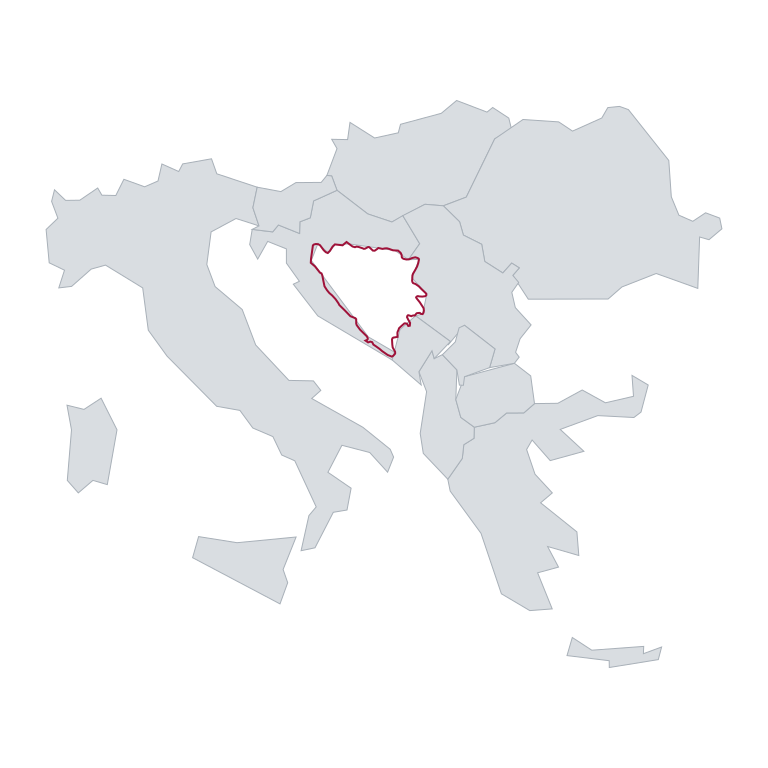 Bosnia and Herzegovina highlighted among its neighbors
{"feature_id": "BIH", "entity_name": "Bosnia and Herzegovina", "entity_type": "country or territory", "adm_level": 0, "iso_a3": "BIH", "parent_name": "Europe", "parent_adm1": "", "projection": "orthographic", "projection_center": [18.137, 43.918], "detail": "fine", "context": "with_neighbors", "style": "outline", "palette": "rose", "viewbox_px": 768, "rotation_deg": 0, "n_neighbors": 11, "source": "natural_earth", "source_scale": "50m", "svg_char_len": 6241}
<svg xmlns="http://www.w3.org/2000/svg" viewBox="0 0 768 768"><path d="M492.7,107.5L508.8,118.1L511.5,129.2L494.7,138.9L466.3,197.1L443.3,205.8L425.0,204.3L391.9,222.0L367.7,213.9L337.0,190.3L331.7,176.0L326.9,175.4L337.0,148.6L331.7,139.3L347.6,139.6L350.0,122.4L374.6,138.0L398.3,132.8L400.5,124.3L441.3,113.3L456.6,100.5L487.0,112.1L492.7,107.5Z" fill="#d9dde1" stroke="#a8b0b8" stroke-width="1"/><path d="M678.9,215.2L692.8,221.3L705.6,212.8L719.7,218.1L721.9,228.8L709.0,239.7L699.6,237.0L697.8,288.4L656.2,273.5L622.0,286.9L608.1,299.0L528.3,299.2L512.8,275.4L519.3,267.9L511.7,263.1L502.8,273.0L484.8,261.5L481.7,244.3L463.4,235.1L459.6,221.8L443.3,205.8L466.3,197.1L494.7,138.9L523.0,119.5L558.7,121.9L572.5,131.1L601.8,118.0L607.8,107.6L619.5,106.4L628.4,109.6L668.8,160.5L671.3,196.8L678.9,215.2Z" fill="#d9dde1" stroke="#a8b0b8" stroke-width="1"/><path d="M661.6,647.0L658.3,659.6L609.3,667.5L609.2,660.7L567.0,655.6L572.3,637.5L591.8,650.2L643.7,646.4L643.4,653.7L661.6,647.0ZM534.5,403.6L557.8,403.3L582.2,390.0L605.4,402.8L633.5,396.3L632.0,375.4L648.2,385.0L641.0,412.1L633.9,417.5L597.8,415.6L560.2,429.4L583.9,451.3L550.2,460.6L532.1,440.0L526.6,449.5L535.0,474.2L552.3,492.9L540.6,502.8L576.9,531.9L578.8,555.5L547.6,546.5L558.5,567.1L537.6,572.8L552.2,608.9L529.8,610.6L501.4,593.8L481.0,533.3L450.2,491.1L447.8,479.2L462.3,458.4L463.8,444.7L474.0,438.3L474.3,427.2L494.9,422.7L506.6,413.0L523.8,412.9L534.5,403.6Z" fill="#d9dde1" stroke="#a8b0b8" stroke-width="1"/><path d="M474.3,427.2L474.0,438.3L463.8,444.7L462.3,458.4L447.8,479.2L423.3,453.4L420.2,433.4L426.6,391.6L418.9,371.7L432.0,350.7L434.2,358.6L442.4,354.7L456.9,369.9L455.8,399.5L460.8,417.4L474.3,427.2Z" fill="#d9dde1" stroke="#a8b0b8" stroke-width="1"/><path d="M337.0,190.3L367.7,213.9L391.9,222.0L402.8,215.6L419.7,243.7L408.4,259.7L394.9,250.5L348.9,243.9L335.0,244.6L328.4,253.2L318.0,243.3L311.3,260.5L368.3,336.9L395.6,352.8L392.2,360.0L317.8,315.9L293.3,284.2L299.4,281.3L286.4,263.1L286.4,248.9L267.7,241.4L257.7,259.1L249.7,244.6L252.2,229.4L272.7,231.9L278.4,225.0L299.6,233.5L299.9,221.8L310.3,217.8L313.6,200.9L337.0,190.3Z" fill="#d9dde1" stroke="#a8b0b8" stroke-width="1"/><path d="M161.9,164.0L178.7,171.5L182.7,163.9L211.5,158.8L216.8,173.8L257.2,187.2L252.9,207.7L259.0,225.9L236.0,218.5L211.1,231.9L206.8,264.5L215.1,286.6L242.2,309.5L255.7,345.0L288.9,380.4L313.4,380.9L320.8,390.4L311.7,398.5L362.9,427.3L390.2,449.3L393.6,457.1L387.6,472.2L369.7,452.5L341.9,445.3L327.9,472.3L351.1,488.2L347.0,510.0L333.3,512.3L315.0,547.8L301.1,550.7L308.9,515.6L316.2,506.9L294.8,460.8L281.7,455.0L272.9,436.6L252.8,428.0L239.9,410.4L216.7,406.3L167.1,356.2L148.3,330.2L142.7,287.9L105.5,265.1L91.2,269.1L71.6,286.4L58.8,287.9L64.5,270.2L49.2,262.8L46.1,229.5L57.9,218.2L51.6,201.4L54.5,189.8L65.6,200.4L79.8,200.2L97.7,188.0L101.9,195.2L115.8,195.5L123.9,179.3L144.6,186.8L158.0,181.0L161.9,164.0ZM237.0,542.7L296.1,537.0L283.1,569.5L287.7,582.7L280.0,603.9L192.6,557.7L198.6,536.6L237.0,542.7ZM84.0,409.4L101.1,398.2L117.0,429.8L107.3,484.6L92.9,480.4L78.3,492.9L67.3,480.4L71.5,429.9L67.0,405.2L84.0,409.4Z" fill="#d9dde1" stroke="#a8b0b8" stroke-width="1"/><path d="M257.2,187.2L280.9,191.6L295.9,182.6L321.2,182.4L326.9,175.4L331.7,176.0L337.0,190.3L313.6,200.9L310.3,217.8L299.9,221.8L299.6,233.5L278.4,225.0L272.7,231.9L252.2,229.4L259.0,225.9L252.9,207.7L257.2,187.2Z" fill="#d9dde1" stroke="#a8b0b8" stroke-width="1"/><path d="M514.4,363.3L530.7,375.9L534.5,403.6L523.8,412.9L506.6,413.0L494.9,422.7L474.3,427.2L460.8,417.4L455.8,399.5L464.5,376.7L514.4,363.3Z" fill="#d9dde1" stroke="#a8b0b8" stroke-width="1"/><path d="M402.8,215.6L425.0,204.3L443.3,205.8L459.6,221.8L463.4,235.1L481.7,244.3L484.8,261.5L502.8,273.0L511.7,263.1L519.3,267.9L512.8,275.4L518.7,282.4L511.8,292.3L515.3,307.6L531.1,324.9L520.1,338.7L515.6,352.3L519.2,357.1L514.4,363.3L489.6,367.6L495.0,349.0L464.5,325.3L448.0,345.1L450.4,341.5L415.5,315.8L422.7,313.9L426.8,294.0L412.0,278.0L419.2,259.4L408.4,259.7L419.7,243.7L402.8,215.6Z" fill="#d9dde1" stroke="#a8b0b8" stroke-width="1"/><path d="M450.4,341.5L434.2,358.6L432.0,350.7L418.9,371.7L421.2,385.0L392.2,360.0L400.0,329.6L415.5,315.8L450.4,341.5Z" fill="#d9dde1" stroke="#a8b0b8" stroke-width="1"/><path d="M459.4,385.1L456.9,369.9L442.4,354.7L455.3,341.9L459.1,327.8L464.5,325.3L495.0,349.0L489.6,367.6L464.5,376.7L463.4,385.3L459.4,385.1Z" fill="#d9dde1" stroke="#a8b0b8" stroke-width="1"/><path d="M418.7,258.7L418.9,259.6L418.3,262.9L417.1,266.5L415.1,270.2L413.0,273.7L412.4,275.5L412.3,278.4L412.1,280.7L412.4,282.0L413.1,283.1L415.5,284.0L418.8,286.3L421.6,289.2L425.2,292.6L426.3,293.8L426.3,295.2L425.3,296.2L422.3,296.6L419.1,296.4L417.9,296.1L416.8,296.5L416.1,297.3L416.5,298.2L419.8,302.3L423.6,308.2L423.9,310.7L423.5,312.7L422.6,314.1L421.0,313.9L419.8,312.9L418.0,313.0L416.6,313.3L414.8,315.5L413.9,315.4L412.3,315.7L411.3,316.2L409.7,315.6L408.1,315.2L407.4,315.8L407.0,317.1L408.1,319.4L410.1,322.9L409.8,325.7L408.3,326.0L406.9,323.7L405.7,323.4L404.4,323.4L401.3,326.1L399.0,328.3L398.5,329.9L397.7,331.6L397.4,332.8L397.5,336.9L393.3,337.6L392.5,338.2L392.0,339.4L392.3,344.6L392.7,347.5L395.1,351.8L395.2,353.2L394.8,354.1L393.2,355.8L392.3,356.4L391.8,356.6L389.0,355.5L387.7,355.0L382.1,351.1L379.7,349.0L375.8,346.2L373.4,344.6L372.2,342.2L370.3,341.6L368.1,342.4L365.5,340.6L367.3,339.8L367.8,338.9L367.6,337.8L366.8,336.3L360.0,329.6L356.7,325.1L356.2,323.5L356.2,319.2L355.4,318.2L350.4,316.2L344.9,310.5L339.3,305.0L338.5,303.4L335.6,299.2L332.1,295.4L329.3,293.0L327.0,290.2L324.5,286.3L323.3,280.5L322.3,275.4L321.5,273.4L319.9,272.6L315.0,266.4L310.8,262.8L311.0,259.0L311.9,252.6L312.9,245.4L313.9,244.5L315.9,244.0L318.1,244.2L320.0,245.2L323.7,250.2L325.8,252.2L327.7,253.0L329.9,250.9L332.6,246.6L334.9,244.4L342.6,245.3L346.5,242.0L352.5,246.5L355.0,247.2L356.5,246.6L358.4,246.9L362.7,248.3L363.7,248.8L365.0,248.7L368.2,247.0L369.3,247.2L372.9,250.6L374.7,250.7L376.9,249.2L378.3,248.0L382.5,248.9L384.9,248.4L386.9,248.3L389.1,248.9L391.0,249.6L393.0,250.3L398.1,250.6L400.6,252.8L401.6,254.8L401.7,256.1L401.9,257.5L403.4,258.8L406.5,259.5L408.5,259.3L409.5,259.2L412.2,258.0L415.3,257.3L417.6,258.0L418.7,258.7Z" fill="none" stroke="#9f1239" stroke-width="2"/></svg>